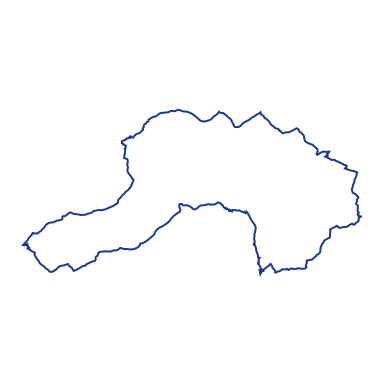 Rozavlea, Maramures, Romania
{"feature_id": "2599482B19056490383889", "entity_name": "Rozavlea", "entity_type": "district", "adm_level": 2, "iso_a3": "ROU", "parent_name": "Romania", "parent_adm1": "Maramures", "projection": "natural_earth1", "projection_center": [24.205, 47.737], "detail": "fine", "context": "isolated", "style": "outline", "palette": "blue", "viewbox_px": 384, "rotation_deg": 0, "n_neighbors": 0, "source": "geoboundaries", "source_scale": "gbopen_adm2", "svg_char_len": 5999}
<svg xmlns="http://www.w3.org/2000/svg" viewBox="0 0 384 384"><path d="M73.8,270.9L77.8,269.1L83.3,265.8L85.2,265.8L86.5,264.2L90.9,262.1L93.1,261.2L94.6,261.2L95.6,259.7L95.7,257.0L96.7,256.1L97.3,255.9L97.8,255.0L98.1,253.6L99.0,252.2L99.6,251.9L105.5,251.3L109.9,251.6L111.4,251.3L112.9,250.6L114.9,250.3L116.4,250.5L117.9,249.8L120.2,247.9L124.0,249.0L127.1,249.0L129.7,249.5L133.5,249.2L136.9,247.9L139.3,246.1L139.7,245.5L140.2,243.7L140.7,243.4L142.9,243.2L147.1,240.6L154.4,234.4L154.9,232.2L157.1,229.4L159.2,227.9L163.4,225.7L166.7,223.5L169.1,221.5L170.7,219.2L173.6,216.1L176.7,213.6L179.9,211.7L180.4,210.0L179.8,208.5L179.7,207.5L179.1,206.5L179.7,204.0L182.2,204.2L182.7,205.2L183.1,205.3L188.1,205.4L191.5,207.4L192.8,208.9L194.5,209.4L196.4,208.9L198.5,206.9L200.9,205.4L204.0,205.3L208.1,204.2L210.7,204.6L214.7,204.5L218.1,202.4L220.2,203.1L221.6,204.6L222.4,204.8L223.5,207.0L225.0,208.3L225.6,208.0L225.8,208.7L226.4,208.5L226.7,209.1L227.3,208.8L228.2,209.4L229.0,209.5L228.9,210.2L229.0,210.5L229.4,210.0L230.4,210.2L230.9,210.4L230.6,210.9L231.2,210.8L231.4,211.3L232.1,211.5L232.3,210.9L232.0,210.2L232.5,210.0L233.1,210.3L234.5,209.9L235.7,210.3L238.8,210.6L239.4,210.3L240.5,211.1L244.1,212.5L244.7,211.9L245.3,212.9L246.1,212.2L247.2,213.2L247.2,212.6L248.4,214.2L250.9,219.4L255.1,225.5L255.7,227.9L255.7,229.0L255.2,230.8L255.2,231.8L254.4,233.8L254.5,235.4L254.1,239.1L254.7,241.2L254.6,243.6L253.9,243.8L254.5,244.7L254.1,244.9L255.1,245.8L256.1,248.3L256.0,249.5L258.1,256.0L258.1,257.6L259.6,257.8L259.1,258.9L258.9,258.8L258.6,260.0L258.9,262.7L258.0,262.8L258.1,263.8L259.5,265.4L260.0,266.7L262.1,270.3L259.6,269.9L260.3,274.1L261.1,272.8L261.0,271.7L263.4,271.0L263.1,270.0L269.5,265.1L269.9,264.3L270.7,264.0L272.2,266.4L272.8,268.3L274.7,269.9L275.2,271.0L275.2,272.5L276.0,272.5L277.6,271.6L279.8,271.1L282.4,269.3L286.4,269.3L287.0,268.9L287.7,269.5L289.0,269.9L289.8,268.9L291.6,268.5L295.2,269.1L296.4,268.9L297.9,268.2L302.7,268.9L305.8,268.2L306.4,267.2L305.7,265.6L306.2,264.6L306.9,262.2L306.8,260.5L312.3,259.5L314.1,257.6L315.8,256.3L316.6,255.1L319.2,253.5L320.1,252.3L320.7,247.3L321.1,246.6L322.1,244.0L323.4,242.7L323.9,241.1L324.2,240.6L328.1,238.3L329.6,237.8L329.8,236.4L330.2,235.5L330.0,234.4L330.4,231.1L330.3,230.1L330.0,229.6L333.1,227.8L335.1,227.0L336.6,225.8L337.1,225.8L338.6,227.6L339.8,227.9L344.3,226.9L345.4,227.0L347.0,226.8L349.8,224.7L352.0,223.7L352.5,223.7L352.7,224.4L354.4,224.6L356.5,222.5L357.8,221.8L358.5,220.9L358.8,220.1L358.5,219.5L358.9,217.6L360.9,216.8L361.0,216.5L360.7,216.3L359.4,217.2L359.0,217.1L358.7,216.4L358.7,215.0L357.7,214.7L357.7,213.8L358.8,212.5L358.1,212.1L357.5,210.1L357.9,208.0L357.8,205.6L356.1,203.7L357.0,201.2L356.9,199.6L358.4,197.5L357.9,196.7L355.4,194.1L352.7,192.6L351.8,189.5L351.9,188.8L352.6,187.6L352.9,185.0L354.0,183.0L354.4,181.6L354.5,180.0L356.1,176.5L357.2,172.4L354.0,171.1L350.9,170.6L346.5,169.0L345.4,168.8L344.9,168.4L346.7,166.6L346.8,166.2L346.1,165.4L343.5,164.6L341.6,163.3L340.1,162.8L338.2,161.7L335.7,160.9L334.8,159.9L331.6,159.9L327.3,157.5L325.1,156.6L325.5,156.3L327.4,156.2L327.6,155.7L327.7,154.7L326.9,154.4L327.0,153.8L329.0,152.4L329.3,151.6L326.7,151.8L323.1,151.5L321.4,152.5L320.7,152.6L319.0,153.9L317.3,154.8L316.5,153.9L317.4,152.9L317.6,150.8L317.2,148.9L312.5,144.7L309.7,143.8L306.9,142.5L305.1,141.0L304.0,137.6L304.1,136.4L303.4,135.1L300.9,132.6L299.5,131.7L298.7,130.3L298.4,129.4L297.5,128.6L296.5,128.3L293.5,130.1L288.9,132.3L286.1,132.3L283.9,132.9L283.1,133.3L282.0,132.9L280.4,130.9L279.3,130.7L279.0,129.7L278.3,129.0L275.0,128.0L273.9,126.7L271.1,124.8L269.7,122.4L267.6,120.0L266.0,118.5L264.9,118.3L264.1,117.1L263.7,116.0L261.2,114.6L260.5,112.2L259.5,113.1L255.7,115.2L253.8,116.8L251.5,117.7L250.1,119.3L244.4,122.3L242.1,124.0L241.1,125.4L239.4,126.6L238.6,127.0L236.5,127.1L235.1,127.0L234.2,126.3L233.7,125.6L233.7,124.7L233.3,123.8L231.8,121.6L231.5,120.3L229.5,118.0L227.6,116.9L226.7,115.6L224.4,114.1L223.5,113.2L220.5,112.8L219.7,112.4L219.1,111.7L217.8,113.6L216.2,114.9L214.0,116.3L211.3,119.2L210.0,119.9L206.0,121.2L203.1,121.6L200.2,120.5L195.8,116.5L191.7,113.6L188.0,112.0L186.6,111.6L183.4,111.5L179.2,109.9L177.8,109.9L174.5,111.2L171.0,110.9L167.9,112.3L160.9,113.0L159.1,113.8L157.1,115.5L155.3,116.5L152.9,117.0L148.6,119.6L148.3,121.4L146.9,122.1L145.8,123.7L144.7,124.2L143.9,125.2L143.6,127.4L142.8,128.3L143.1,129.6L142.9,129.9L139.4,133.1L136.2,134.1L133.6,136.6L133.3,137.6L131.5,137.1L131.2,136.5L130.3,136.2L130.0,136.5L129.9,137.6L130.5,137.8L130.4,138.0L128.9,137.5L128.2,138.3L126.3,138.5L126.2,139.5L122.0,141.1L121.9,143.3L123.1,143.7L123.4,144.6L125.9,145.7L125.5,148.0L124.7,148.6L125.2,150.3L124.1,158.1L127.2,159.1L127.8,160.4L127.6,163.1L127.2,164.7L128.0,167.6L127.3,170.6L127.9,172.2L129.4,174.5L130.1,175.1L131.5,177.2L132.1,178.5L133.3,179.5L133.5,180.4L132.5,182.4L132.2,183.8L131.5,184.7L131.4,185.6L130.7,186.7L130.6,187.3L129.2,188.5L128.5,189.7L125.7,191.8L124.0,194.1L122.6,195.0L120.6,197.5L118.7,199.3L118.1,200.4L118.0,202.7L116.7,203.8L115.2,204.4L114.2,205.4L105.2,209.4L101.4,210.2L98.3,210.0L95.3,210.8L93.8,210.8L91.5,212.9L88.2,213.6L85.4,214.7L80.7,215.0L76.8,214.1L74.3,214.1L70.7,212.5L69.6,212.5L66.8,214.9L64.6,216.2L62.6,216.3L62.2,217.5L62.4,218.9L62.0,219.5L58.6,220.5L56.5,220.7L53.4,222.4L51.6,222.4L48.5,223.0L47.7,223.8L46.3,224.4L44.0,227.8L42.0,229.5L41.1,231.0L39.1,232.0L38.0,233.3L34.1,233.5L33.1,232.9L32.6,233.0L31.6,235.0L28.8,237.9L27.5,240.4L23.0,245.1L23.9,245.3L24.8,243.9L25.3,244.0L25.8,244.5L26.7,244.2L26.1,245.2L27.8,245.4L27.7,247.9L28.6,247.0L29.2,247.8L28.9,248.5L28.4,248.5L28.5,248.7L30.0,249.9L30.1,248.9L30.3,250.0L31.3,251.0L34.8,252.5L34.4,253.6L34.8,255.5L35.9,257.0L36.7,258.8L38.8,261.2L39.8,263.2L42.4,265.4L43.8,266.2L46.0,268.6L47.3,269.1L49.4,271.4L51.3,272.0L52.0,271.9L55.9,269.8L57.6,267.9L59.7,266.2L64.4,265.2L68.0,264.0L69.2,265.9L72.2,268.3L73.1,270.1L73.8,270.9Z" fill="none" stroke="#1e3a8a" stroke-width="2"/></svg>